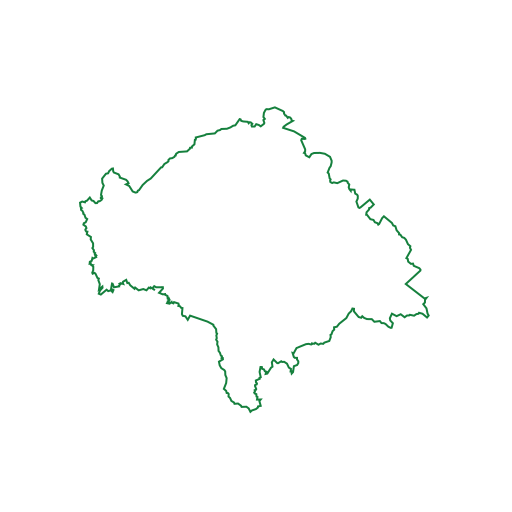 Jalpa, Zacatecas, Mexico, rotated 208°
{"feature_id": "50627088B74284506358028", "entity_name": "Jalpa", "entity_type": "district", "adm_level": 2, "iso_a3": "MEX", "parent_name": "Mexico", "parent_adm1": "Zacatecas", "projection": "albers", "projection_center": [-103.014, 21.631], "detail": "fine", "context": "isolated", "style": "outline", "palette": "green", "viewbox_px": 512, "rotation_deg": 208, "n_neighbors": 0, "source": "geoboundaries", "source_scale": "gbopen_adm2", "svg_char_len": 6148}
<svg xmlns="http://www.w3.org/2000/svg" viewBox="0 0 512 512"><g transform="rotate(208 256 256)"><path d="M434.2,217.2L432.5,216.6L433.0,216.0L432.1,214.6L430.6,214.4L428.6,213.0L428.4,212.2L426.8,211.9L424.5,209.7L422.4,209.4L422.2,205.8L423.4,204.1L423.1,202.6L420.1,202.2L418.8,201.0L419.1,199.3L418.5,198.5L417.3,197.9L416.3,198.3L415.6,195.7L410.7,195.3L409.7,193.0L405.8,190.7L404.1,187.6L404.2,186.2L401.8,185.0L401.3,183.6L399.4,183.1L399.5,182.2L398.2,181.0L397.7,181.7L397.2,181.5L397.5,180.7L396.6,180.0L398.5,177.4L399.5,177.5L398.8,174.6L400.0,172.9L399.3,171.1L398.5,171.9L397.7,170.8L395.9,171.3L396.2,170.6L394.6,170.1L393.0,166.9L392.7,164.3L391.9,163.7L390.7,165.3L389.4,165.0L385.7,162.2L384.2,162.3L383.9,160.7L380.7,157.8L378.9,152.7L377.3,156.9L376.6,155.9L377.5,152.3L377.1,148.9L374.9,149.1L372.1,156.1L370.0,155.6L368.1,157.5L365.7,156.8L365.9,159.0L368.5,158.9L370.2,164.1L369.6,164.2L366.7,161.7L362.6,164.9L363.1,165.5L362.3,167.7L363.3,167.7L362.9,168.4L360.1,169.0L361.1,169.8L361.3,170.9L359.4,174.0L356.9,171.7L355.8,172.6L353.3,171.1L347.9,170.0L347.9,171.4L343.5,170.6L340.0,173.9L336.6,174.3L335.8,177.8L334.3,177.8L334.3,178.8L329.2,178.4L332.3,178.8L331.7,181.6L329.5,181.5L323.6,184.7L322.9,183.6L324.3,178.0L320.2,178.4L318.4,179.7L318.0,179.1L315.5,179.2L313.9,176.8L312.3,176.8L312.4,177.2L311.7,176.7L312.5,174.9L311.7,174.7L312.4,174.4L312.4,172.6L309.9,173.3L308.9,175.9L308.0,175.2L306.7,175.4L306.7,176.8L302.2,177.6L301.2,176.6L301.1,175.5L299.4,175.9L297.7,175.1L296.5,175.5L294.1,169.9L292.6,168.8L290.0,169.6L286.3,167.6L286.2,172.4L268.0,175.3L261.4,175.3L260.9,174.5L256.9,172.7L254.9,169.5L253.9,169.2L253.7,167.2L252.1,165.1L251.9,163.4L249.8,162.3L248.8,159.7L246.3,157.7L244.5,154.6L242.5,153.7L240.3,151.6L239.0,151.5L238.5,149.8L237.4,150.3L236.7,149.2L239.1,145.3L236.7,142.4L234.0,140.7L230.4,140.4L229.0,139.6L227.2,136.5L224.6,134.4L222.7,129.8L222.0,123.6L219.0,122.9L217.6,121.3L216.5,121.8L215.3,121.3L214.3,119.0L212.3,118.5L209.7,116.5L206.6,116.3L205.6,115.4L202.6,117.3L199.0,116.8L197.9,116.0L193.7,118.4L190.9,118.0L187.8,115.8L187.1,117.7L184.2,120.8L183.2,123.1L183.6,124.1L181.5,125.9L184.9,129.5L184.5,131.5L187.7,129.7L188.5,132.2L189.6,132.2L190.9,134.2L192.6,134.0L193.5,134.6L193.3,135.8L194.2,136.9L193.2,138.0L193.3,138.6L195.9,140.8L196.2,141.6L195.1,143.0L195.4,144.0L196.6,144.4L197.7,146.0L195.1,149.3L195.7,150.0L194.9,151.2L198.4,155.3L199.9,160.1L198.7,160.7L197.6,159.3L195.7,159.6L194.1,158.4L192.6,158.7L192.1,156.4L190.8,157.5L190.3,164.4L189.5,166.0L192.1,169.6L191.9,172.9L187.0,171.4L186.2,171.7L184.3,174.9L183.2,174.7L181.4,175.8L178.1,175.5L174.6,172.9L172.1,172.7L171.3,170.4L170.7,170.8L169.3,169.0L168.8,170.9L170.8,176.5L168.5,179.1L168.4,181.3L169.2,182.9L171.2,183.9L172.0,185.3L174.0,184.3L175.2,184.6L178.2,187.6L177.1,187.8L177.0,193.8L170.5,201.6L168.4,203.1L165.7,203.8L165.2,204.5L165.5,205.1L163.4,205.8L163.0,207.2L159.2,207.0L157.8,209.1L155.4,210.0L155.0,211.6L151.4,215.4L151.9,219.4L153.2,221.3L152.6,222.3L153.1,225.6L152.4,227.7L153.6,229.7L151.4,231.5L150.7,235.3L147.1,243.6L147.1,248.7L146.1,251.8L146.2,254.9L144.7,255.4L143.6,253.1L136.7,250.3L134.1,250.9L133.9,252.7L131.4,252.1L128.4,252.4L124.1,254.6L120.6,253.5L116.1,256.7L113.7,255.7L111.6,256.7L109.7,256.8L105.9,255.7L103.3,255.8L102.6,256.3L103.6,260.9L107.2,262.1L108.6,263.9L108.9,268.9L103.6,268.9L100.9,272.5L96.0,271.7L94.8,274.3L92.9,275.4L92.6,276.3L88.4,277.5L87.1,280.0L85.4,281.3L85.4,282.4L81.9,283.2L76.1,282.0L75.6,284.5L77.5,285.7L80.9,289.8L85.7,292.0L85.0,294.2L86.2,296.7L85.8,299.1L87.3,297.6L110.6,301.6L104.0,320.3L104.4,321.2L106.1,321.9L112.1,321.4L113.8,323.0L115.5,321.8L119.0,322.5L120.7,324.7L122.2,324.7L122.0,334.2L123.9,335.5L124.3,337.1L127.4,337.8L131.3,340.8L133.6,341.6L135.8,341.2L138.5,342.6L139.8,342.2L140.4,343.4L143.9,344.7L146.9,347.7L149.2,347.4L151.5,349.0L161.7,351.1L162.4,348.7L162.3,342.1L162.8,341.1L164.1,342.0L166.9,341.6L169.2,343.0L172.3,342.2L177.4,344.5L178.1,344.2L178.9,346.5L178.0,350.2L178.6,351.4L177.5,352.5L176.2,356.8L182.0,359.2L186.5,348.1L187.2,347.0L188.4,347.0L192.9,351.2L193.1,354.4L194.3,356.8L195.4,357.6L197.7,357.7L200.2,360.7L203.4,359.3L202.9,358.0L205.0,358.9L206.4,360.2L207.2,362.9L209.4,363.7L210.1,364.6L211.9,364.7L214.6,363.5L218.4,358.5L221.9,357.5L223.0,356.2L225.0,356.2L225.9,357.2L226.1,358.7L227.4,359.1L230.5,363.0L231.9,363.3L232.5,368.4L232.2,370.3L233.1,374.0L233.9,375.6L237.2,378.3L243.2,378.6L247.9,377.1L253.1,374.2L254.9,372.1L255.3,368.2L259.3,368.2L260.9,369.8L262.0,369.6L261.8,371.6L262.7,373.3L270.4,379.4L270.6,381.0L267.8,382.3L267.5,382.7L268.2,383.3L280.9,383.9L292.2,381.9L292.3,383.1L290.7,386.5L286.9,392.6L288.2,392.4L289.3,393.7L290.9,394.3L292.4,394.0L292.8,392.9L295.3,394.1L296.0,393.8L298.1,394.9L298.8,396.2L300.4,396.6L309.1,396.1L313.5,391.6L315.8,390.5L316.2,389.3L316.2,386.1L314.7,382.2L312.6,381.2L313.3,379.5L311.1,377.4L311.0,376.5L312.7,372.7L314.9,373.0L317.7,372.5L318.0,369.7L320.4,368.4L321.5,369.4L321.3,371.0L323.4,371.5L324.6,371.0L324.8,369.8L326.3,370.6L330.5,368.8L332.5,368.4L333.8,369.4L334.7,369.2L335.6,361.7L337.4,360.2L338.9,357.6L341.4,354.7L346.2,351.9L346.9,350.3L348.8,348.6L349.9,344.9L357.0,340.2L358.0,338.6L364.8,332.4L364.2,331.6L363.9,330.3L364.5,329.9L362.8,325.7L364.0,322.6L363.5,321.6L365.0,320.6L364.7,319.8L366.0,316.0L373.0,311.6L374.5,308.8L374.1,307.0L374.6,306.7L374.6,305.2L375.9,303.1L377.8,301.7L378.4,299.6L377.8,298.7L378.1,297.5L380.1,294.2L380.5,290.3L381.4,289.7L385.3,275.0L387.5,271.1L389.4,265.5L390.2,259.2L391.0,258.2L390.8,256.7L391.4,256.0L392.2,255.4L395.2,255.1L400.8,258.3L404.4,258.2L402.7,260.4L404.4,261.6L406.5,262.3L413.1,261.3L413.5,262.2L415.7,263.6L420.7,263.0L421.8,263.7L423.4,266.1L424.3,265.4L425.5,262.0L425.4,259.6L427.1,258.2L428.2,252.1L426.0,248.5L423.5,246.7L422.9,241.4L421.5,237.1L420.1,236.5L419.8,235.8L420.5,234.9L420.2,234.3L418.7,234.6L418.7,233.0L419.8,230.9L420.9,230.3L421.2,228.1L422.6,227.3L425.3,228.3L427.2,227.9L430.2,229.6L431.2,225.5L432.3,224.3L432.2,223.1L435.0,222.5L436.4,220.5L434.2,217.2Z" fill="none" stroke="#15803d" stroke-width="2"/></g></svg>